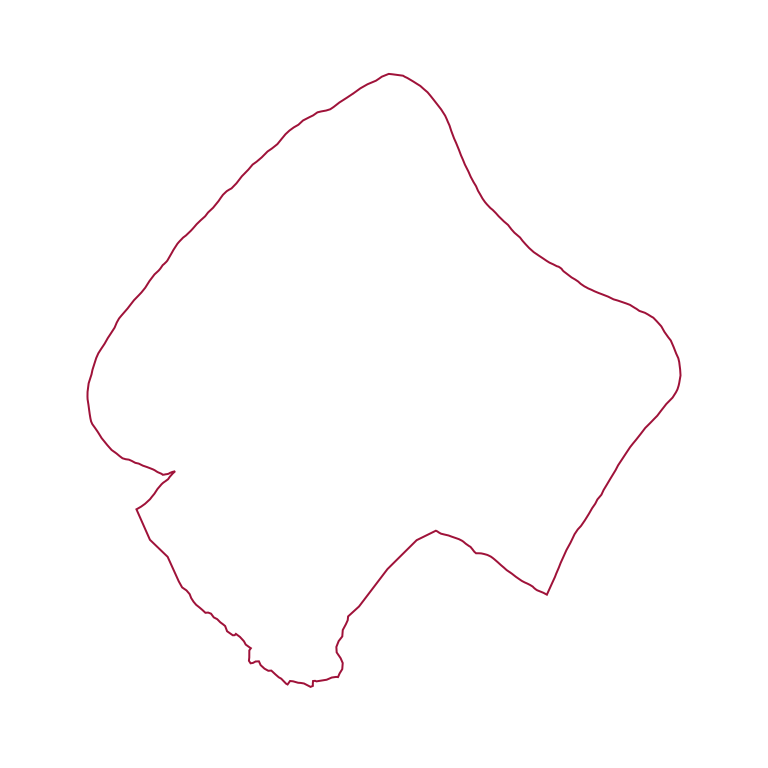 the district of Barentu, Gash Barka, Eritrea, rotated 186°
{"feature_id": "51966322B45373579076089", "entity_name": "Barentu", "entity_type": "district", "adm_level": 2, "iso_a3": "ERI", "parent_name": "Eritrea", "parent_adm1": "Gash Barka", "projection": "equal_earth", "projection_center": [37.661, 15.11], "detail": "fine", "context": "isolated", "style": "outline", "palette": "rose", "viewbox_px": 768, "rotation_deg": 186, "n_neighbors": 0, "source": "geoboundaries", "source_scale": "gbopen_adm2", "svg_char_len": 4850}
<svg xmlns="http://www.w3.org/2000/svg" viewBox="0 0 768 768"><g transform="rotate(186 384 384)"><path d="M617.1,233.5L600.5,204.6L581.1,189.5L567.5,166.3L563.5,160.6L558.9,158.1L555.3,154.7L553.4,151.0L550.7,147.6L547.8,144.8L544.2,142.5L541.0,140.3L537.7,137.8L535.0,138.3L532.0,137.5L528.9,134.1L525.3,132.7L521.9,129.9L519.0,128.2L516.7,126.7L514.2,121.7L508.1,118.3L506.2,118.6L505.2,120.0L500.8,117.4L496.4,113.5L494.3,110.4L489.8,107.8L488.8,107.3L490.1,105.0L489.4,98.0L489.4,94.6L487.5,92.3L485.2,92.9L482.7,94.6L479.4,95.1L477.3,91.5L473.1,88.4L469.1,86.7L466.1,87.2L461.7,83.9L458.0,81.3L455.4,80.2L450.0,75.7L448.5,75.1L446.4,78.8L443.3,78.8L438.2,77.9L435.5,78.0L432.3,77.8L427.4,75.9L425.4,75.1L423.2,76.3L423.5,78.9L423.5,81.2L421.5,81.6L420.1,81.2L410.1,83.9L405.3,86.6L401.0,87.7L399.1,87.7L397.9,91.5L395.7,96.1L395.9,102.2L398.5,106.8L403.0,112.1L403.9,117.5L402.2,123.6L399.1,128.6L399.3,135.0L396.8,141.1L395.4,145.3L395.4,149.1L385.6,160.1L361.2,200.3L335.2,232.1L317.1,243.5L315.6,243.0L313.8,242.0L311.7,241.1L308.1,240.6L305.6,240.3L304.0,240.1L300.9,239.3L295.7,238.1L293.2,237.5L290.1,236.3L288.6,235.5L286.0,233.7L282.4,231.7L281.0,231.1L278.4,228.5L277.5,227.5L276.4,226.4L275.6,225.9L274.8,225.3L273.6,225.4L271.6,225.6L269.6,225.7L266.8,225.4L263.3,224.8L261.6,224.2L259.7,223.5L257.6,222.3L255.9,221.2L252.3,218.7L248.9,216.2L245.4,213.8L242.5,211.7L237.1,208.8L232.8,206.1L228.6,203.8L226.4,202.6L223.4,201.4L220.6,200.5L217.7,199.4L214.8,198.0L213.8,197.1L211.9,195.8L210.2,194.9L208.8,194.5L206.0,193.7L203.6,193.0L200.0,191.5L195.8,204.1L193.8,210.0L192.9,213.4L191.0,219.5L189.6,224.6L187.4,231.2L185.2,237.9L182.0,245.5L180.2,250.5L178.8,254.5L176.1,259.6L173.2,263.5L170.0,269.4L166.6,276.4L164.0,282.3L161.4,287.0L159.7,291.5L156.2,296.6L154.5,301.6L152.0,306.9L149.1,313.2L144.7,322.5L142.7,327.6L138.8,335.1L135.7,341.1L132.6,347.0L130.0,351.1L127.4,355.0L123.5,361.2L119.6,367.6L115.2,373.0L111.7,377.5L108.9,381.0L105.9,386.0L101.1,393.7L95.6,400.6L92.8,406.2L91.6,409.3L90.8,413.2L90.5,415.9L90.0,423.5L91.0,429.4L92.7,436.7L94.0,440.4L96.6,444.8L99.8,451.0L103.3,457.2L106.3,460.3L110.6,465.2L114.2,470.3L119.3,474.9L123.1,478.1L125.2,479.0L128.9,480.8L132.0,482.1L137.7,483.4L140.9,485.2L141.9,485.6L145.4,487.3L147.6,488.4L151.4,489.4L154.0,490.0L160.1,491.4L164.6,492.2L170.2,494.3L176.8,496.1L179.9,496.9L184.3,498.2L187.6,499.4L190.9,500.4L193.7,501.6L194.8,502.0L198.9,504.2L201.6,506.2L204.8,507.9L208.6,509.6L213.8,512.8L217.1,514.8L218.4,515.9L219.1,516.8L220.3,517.7L222.6,518.9L224.4,519.2L228.2,520.7L232.1,522.0L235.0,523.4L238.9,525.5L243.7,528.0L248.9,530.8L254.0,534.5L257.7,537.7L261.3,541.0L264.0,543.9L270.1,548.1L273.4,551.1L277.3,555.2L281.7,558.2L284.6,560.5L287.5,562.8L290.8,565.8L294.1,568.5L296.7,570.2L300.3,573.3L302.5,575.4L305.4,578.7L308.1,582.5L310.7,586.0L313.1,590.3L316.0,594.1L319.4,599.1L322.3,604.2L326.5,610.7L329.0,615.4L331.3,619.4L333.9,624.6L337.5,631.3L340.0,635.6L343.6,642.8L345.9,648.0L347.9,651.4L349.2,653.8L351.2,657.2L355.9,663.1L358.2,665.5L363.6,671.1L367.7,675.3L371.2,678.7L375.0,681.3L379.0,684.2L383.1,686.2L386.3,687.8L392.8,690.8L395.4,691.7L397.3,692.6L407.9,692.9L411.7,692.9L418.3,689.4L420.8,687.2L423.7,684.8L431.7,680.4L438.4,675.6L444.3,670.3L450.9,664.8L457.8,659.3L463.2,654.1L466.2,651.6L470.2,649.9L475.0,648.5L478.6,647.2L482.6,643.7L486.0,641.6L492.1,637.6L496.2,632.9L500.5,629.8L504.5,626.2L508.1,622.1L511.6,616.8L515.1,611.4L520.2,606.4L524.1,603.1L529.3,596.6L534.1,591.6L537.6,588.5L541.4,582.9L547.1,575.7L551.7,568.2L556.1,562.6L558.3,561.1L560.6,559.3L563.9,555.4L565.7,552.3L567.7,548.6L572.4,541.4L576.9,536.2L579.4,532.1L581.3,530.0L583.4,527.7L584.9,525.9L587.0,523.4L590.4,518.5L592.2,516.1L596.5,511.0L599.1,508.6L602.5,504.2L604.1,501.9L607.5,495.2L608.5,492.8L612.4,484.0L613.3,482.7L615.3,480.3L616.5,479.1L618.5,475.4L620.0,473.2L623.7,469.0L628.0,461.9L631.5,454.8L634.8,449.7L637.0,446.8L641.4,441.2L644.2,436.7L646.9,432.3L651.1,426.3L652.5,424.3L654.4,421.4L656.2,417.2L657.8,411.9L661.0,405.6L663.5,400.8L666.1,394.8L669.1,389.1L671.3,384.7L672.9,379.8L673.9,375.0L675.4,367.7L675.9,362.9L676.9,358.2L677.8,353.8L678.0,345.2L677.6,340.6L677.2,337.9L675.7,332.2L674.4,326.8L673.5,323.2L672.4,319.2L671.4,316.2L669.9,313.6L666.6,309.9L663.7,306.5L662.2,304.6L659.2,300.7L652.9,294.4L648.0,289.9L642.7,286.9L639.3,284.6L636.3,282.8L633.1,282.2L629.8,282.1L626.7,281.1L623.1,279.6L619.6,279.2L615.3,277.6L610.9,276.6L606.8,275.5L604.4,274.8L602.7,274.1L601.0,273.2L599.6,272.6L596.7,271.7L595.8,271.4L594.5,270.6L592.8,271.0L591.6,271.4L590.3,271.7L588.9,272.2L587.4,273.3L585.3,274.4L582.6,275.4L584.7,273.0L587.3,269.4L588.8,266.7L593.4,262.6L594.8,261.0L598.3,255.9L600.9,250.8L603.1,247.5L604.7,244.9L609.2,239.8L612.8,236.6L615.8,234.4L617.1,233.5Z" fill="none" stroke="#9f1239" stroke-width="2"/></g></svg>